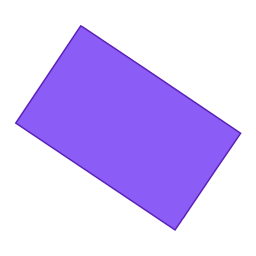 outline of Deaf Smith, Texas, United States of America, rotated 214°
{"feature_id": "52423323B38670867283875", "entity_name": "Deaf Smith", "entity_type": "district", "adm_level": 2, "iso_a3": "USA", "parent_name": "United States of America", "parent_adm1": "Texas", "projection": "albers", "projection_center": [-102.842, 34.965], "detail": "fine", "context": "isolated", "style": "filled", "palette": "violet", "viewbox_px": 256, "rotation_deg": 214, "n_neighbors": 0, "source": "geoboundaries", "source_scale": "gbopen_adm2", "svg_char_len": 375}
<svg xmlns="http://www.w3.org/2000/svg" viewBox="0 0 256 256"><g transform="rotate(214 128 128)"><path d="M224.3,186.2L223.8,69.3L32.0,69.8L32.0,70.1L32.0,71.0L32.0,76.2L31.9,80.1L32.0,80.6L32.0,82.5L31.8,85.4L31.9,89.4L31.9,131.2L31.9,145.8L31.8,159.1L31.7,174.6L31.7,186.6L145.8,186.7L222.6,186.4L224.3,186.2Z" fill="#8b5cf6" stroke="#5b21b6" stroke-width="1.5"/></g></svg>